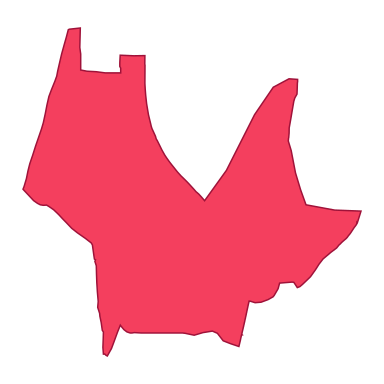 outline of Massade, Gros Islet, Saint Lucia
{"feature_id": "8701671B41782818655170", "entity_name": "Massade", "entity_type": "district", "adm_level": 2, "iso_a3": "LCA", "parent_name": "Saint Lucia", "parent_adm1": "Gros Islet", "projection": "equal_earth", "projection_center": [-60.949, 14.083], "detail": "fine", "context": "isolated", "style": "filled", "palette": "rose", "viewbox_px": 384, "rotation_deg": 0, "n_neighbors": 0, "source": "geoboundaries", "source_scale": "gbopen_adm2", "svg_char_len": 2921}
<svg xmlns="http://www.w3.org/2000/svg" viewBox="0 0 384 384"><path d="M297.6,79.4L289.0,78.8L273.3,87.2L254.6,114.6L226.4,170.4L204.6,200.7L201.7,197.3L198.7,194.0L195.9,191.6L194.3,189.7L189.1,184.0L187.3,182.1L184.4,179.2L180.8,175.7L177.4,171.9L171.9,165.0L169.4,161.8L166.7,158.0L164.7,155.0L161.8,149.8L159.7,145.5L157.2,140.5L156.2,138.9L155.5,136.3L151.9,128.4L151.2,126.1L150.7,123.9L148.5,114.9L147.5,109.0L146.6,103.6L145.7,95.3L145.2,88.9L144.9,83.5L144.9,82.1L145.0,65.3L144.8,63.9L144.9,55.6L133.9,55.8L120.2,55.2L119.8,62.9L119.8,66.4L120.7,68.2L120.7,72.9L105.3,72.9L96.1,71.7L86.9,71.2L80.7,70.0L80.7,54.0L79.8,47.5L80.3,28.0L69.3,29.2L68.3,29.7L66.3,37.3L64.2,44.7L61.6,54.1L59.6,62.7L57.7,71.0L56.7,76.3L56.3,77.3L54.9,81.2L51.3,90.1L48.9,96.5L47.0,104.8L45.3,113.6L43.3,122.8L41.5,128.9L39.4,135.0L35.6,146.0L32.5,155.8L32.0,157.2L29.8,163.7L28.0,170.8L26.4,178.7L25.2,182.7L24.2,186.1L24.0,186.7L23.0,189.2L23.7,190.0L33.6,200.6L37.4,203.3L40.3,204.8L43.3,205.3L46.6,205.1L49.1,206.6L53.7,209.8L58.8,214.7L62.5,218.7L66.4,222.7L71.8,228.4L77.4,232.8L85.4,238.4L91.2,242.9L92.4,244.9L93.6,253.6L94.4,259.1L95.5,259.8L94.9,261.4L96.3,265.8L96.5,274.0L96.8,282.5L97.4,292.2L98.2,301.4L97.7,307.4L99.6,313.3L99.9,316.3L101.2,322.6L102.3,330.4L103.4,331.9L103.2,339.3L102.9,347.4L103.4,354.1L104.8,354.1L106.0,355.3L107.3,356.0L109.0,353.0L111.5,348.5L113.7,342.6L117.5,332.2L120.3,325.2L120.5,325.5L123.9,329.6L126.9,331.9L130.2,333.0L131.9,333.0L134.3,332.6L141.5,333.0L158.5,333.0L175.4,333.0L182.6,333.0L185.1,333.3L194.2,335.2L203.0,332.6L212.4,331.1L217.4,333.3L223.2,340.8L230.6,343.7L238.9,346.5L240.5,339.8L240.6,339.1L241.5,335.1L242.2,334.9L241.7,334.5L241.9,333.7L242.0,333.1L242.1,332.5L242.3,331.9L242.4,331.3L242.6,330.6L242.8,329.6L243.0,328.9L243.1,328.4L243.2,327.9L243.3,327.4L243.5,326.8L243.6,326.3L243.7,325.6L243.9,325.0L244.0,324.5L244.1,324.0L244.2,323.5L244.3,323.0L244.5,322.3L244.6,321.9L244.7,321.4L244.8,320.9L244.9,320.4L245.0,319.9L245.1,319.5L245.2,318.9L245.4,318.3L245.5,317.8L245.6,317.0L245.9,316.0L246.0,315.5L246.1,314.8L246.3,314.1L246.4,313.3L246.6,312.7L246.7,312.0L248.7,302.8L248.9,302.2L249.1,301.1L250.3,301.2L255.1,302.7L261.1,302.2L268.1,299.6L273.1,296.8L274.2,295.4L278.1,288.7L279.6,283.1L292.0,282.1L293.8,282.3L295.5,284.8L297.3,287.6L299.9,286.6L302.5,284.4L306.8,280.3L310.5,276.7L315.5,269.7L319.0,264.2L323.1,258.9L330.9,252.3L336.6,248.0L339.0,245.0L340.4,243.8L341.5,242.6L342.7,241.5L344.9,239.6L346.1,238.6L347.3,237.3L348.2,236.0L350.1,233.7L350.8,232.7L354.2,227.5L355.0,226.5L356.6,224.3L356.9,222.1L357.4,222.6L358.1,220.4L358.7,218.5L361.0,211.1L334.7,210.1L306.0,204.8L300.6,189.8L295.5,172.9L291.2,150.6L288.3,141.0L288.5,138.5L288.7,137.7L289.1,133.1L289.2,127.9L290.8,118.9L292.3,110.0L293.8,101.3L294.8,98.0L297.0,94.1L297.2,89.0L297.4,82.7L297.6,81.9L297.6,80.0L297.6,79.4Z" fill="#f43f5e" stroke="#9f1239" stroke-width="1.5"/></svg>